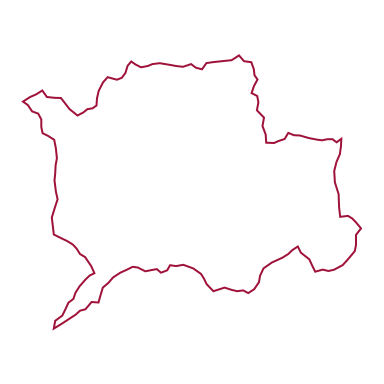 outline of Votorantim, São Paulo, Brazil
{"feature_id": "56859067B56260207434009", "entity_name": "Votorantim", "entity_type": "district", "adm_level": 2, "iso_a3": "BRA", "parent_name": "Brazil", "parent_adm1": "São Paulo", "projection": "equal_earth", "projection_center": [-47.411, -23.585], "detail": "fine", "context": "isolated", "style": "outline", "palette": "rose", "viewbox_px": 384, "rotation_deg": 0, "n_neighbors": 0, "source": "geoboundaries", "source_scale": "gbopen_adm2", "svg_char_len": 2080}
<svg xmlns="http://www.w3.org/2000/svg" viewBox="0 0 384 384"><path d="M341.3,138.8L336.6,142.3L332.5,139.2L327.5,139.2L322.1,140.3L317.4,139.7L309.0,138.1L300.0,135.5L293.9,135.2L288.3,132.9L284.6,139.0L278.3,141.1L274.1,143.0L266.2,142.7L265.7,134.6L262.5,126.0L264.0,117.6L256.9,110.3L258.4,102.3L257.2,96.0L251.6,93.1L254.0,86.0L257.5,79.5L254.5,75.2L253.8,69.1L251.3,62.2L244.0,61.2L239.0,55.4L231.6,60.2L223.7,61.0L212.5,62.2L206.4,63.1L202.0,69.3L195.9,67.7L191.1,64.1L183.0,66.8L176.0,66.0L169.5,64.8L159.7,63.2L152.4,64.1L147.8,66.0L141.0,67.3L135.4,64.4L131.2,61.5L127.6,65.8L125.4,73.0L121.8,77.8L116.9,79.7L107.6,77.2L103.0,82.4L98.7,90.9L97.0,98.3L96.5,105.5L92.4,108.4L87.5,109.1L83.4,112.4L77.5,115.5L69.5,109.1L64.3,102.3L60.9,98.0L54.4,97.8L46.9,97.0L42.3,90.5L35.9,94.5L30.1,97.0L23.0,101.6L27.9,105.1L32.1,111.4L38.2,113.6L41.3,119.5L41.3,127.0L42.6,133.2L48.1,135.9L54.2,139.8L55.9,148.5L56.9,158.3L55.6,165.4L55.2,173.6L54.5,180.4L55.9,191.6L57.6,199.3L54.7,208.1L51.8,217.6L53.0,227.4L53.8,234.5L61.2,238.2L66.9,240.9L72.9,244.6L76.6,248.6L80.0,254.0L85.1,257.1L91.2,266.1L94.4,273.2L89.7,275.5L85.6,279.4L79.5,286.4L75.5,292.7L73.4,298.9L68.5,302.6L65.4,309.3L62.3,315.6L55.2,320.8L53.8,328.6L61.8,323.7L69.6,318.6L75.6,314.7L80.0,310.7L85.4,309.3L91.6,302.0L98.5,302.5L100.2,296.4L102.8,287.6L108.4,282.9L113.0,277.5L120.3,272.7L126.9,269.7L132.7,266.8L137.8,267.5L145.3,271.3L151.9,270.0L156.8,269.1L161.0,272.7L167.2,270.3L170.1,265.2L176.0,266.1L183.3,264.8L193.2,268.4L201.0,273.9L203.9,278.5L206.6,284.1L213.4,291.2L224.6,287.6L231.7,289.9L237.2,291.2L243.2,290.4L248.2,293.1L254.2,289.2L258.9,282.3L260.1,275.6L263.5,268.4L271.9,262.5L282.4,257.7L288.3,254.0L292.2,250.2L297.8,246.5L300.9,252.7L309.3,259.3L312.3,265.8L315.2,271.7L322.8,269.6L328.4,271.0L334.1,269.7L342.7,265.1L346.8,260.6L351.0,255.7L354.8,251.1L356.0,245.0L356.0,234.9L361.0,228.4L356.1,222.5L352.4,218.6L348.0,215.9L340.2,216.8L339.1,207.4L338.6,194.1L334.9,182.4L334.2,171.0L336.5,161.9L339.9,154.1L341.0,145.9L341.3,138.8Z" fill="none" stroke="#9f1239" stroke-width="2"/></svg>